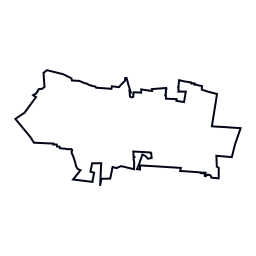 Venado, San Luis Potosí, Mexico
{"feature_id": "50627088B34430901612565", "entity_name": "Venado", "entity_type": "district", "adm_level": 2, "iso_a3": "MEX", "parent_name": "Mexico", "parent_adm1": "San Luis Potosí", "projection": "mercator", "projection_center": [-101.049, 22.921], "detail": "fine", "context": "isolated", "style": "outline", "palette": "ink", "viewbox_px": 256, "rotation_deg": 0, "n_neighbors": 0, "source": "geoboundaries", "source_scale": "gbopen_adm2", "svg_char_len": 3692}
<svg xmlns="http://www.w3.org/2000/svg" viewBox="0 0 256 256"><path d="M218.8,169.3L218.8,168.0L216.8,166.6L216.4,155.8L218.8,156.0L231.8,157.1L234.4,146.9L234.8,145.0L240.2,129.4L240.6,128.2L221.9,126.9L221.4,126.9L221.0,126.9L220.7,126.9L211.9,126.3L213.4,116.8L213.5,116.3L213.6,115.3L213.8,114.5L214.0,113.2L214.2,111.8L216.3,98.6L217.0,94.0L208.5,91.8L201.8,89.7L202.0,86.1L196.9,85.0L196.7,85.0L196.3,84.8L196.1,84.8L195.4,84.6L195.0,84.6L195.1,83.7L194.7,83.6L194.3,83.5L194.2,84.1L193.7,84.1L193.6,83.4L193.3,83.3L191.8,83.0L191.5,83.5L190.7,82.9L190.8,82.4L184.4,81.4L179.1,80.2L178.7,84.4L178.3,87.0L178.6,87.0L178.6,87.4L178.5,87.7L178.4,87.9L178.3,88.9L178.6,89.4L178.7,89.8L178.7,90.4L178.8,91.0L178.5,91.6L185.8,91.6L185.7,92.2L184.0,102.1L176.9,100.9L176.4,100.8L176.6,99.1L166.0,98.7L165.9,95.4L165.3,95.4L165.3,95.2L165.4,94.9L165.5,94.9L165.6,94.7L165.6,94.4L165.7,94.2L165.6,93.9L165.7,93.7L165.7,93.3L165.7,93.2L165.9,92.9L165.9,92.7L166.0,92.5L166.0,92.4L166.1,92.2L166.0,91.9L166.0,91.7L165.9,91.6L165.9,91.4L165.8,91.2L165.9,90.9L165.8,90.7L165.8,90.4L165.9,90.2L165.9,89.9L165.9,89.7L166.0,89.5L166.0,89.4L166.0,89.2L166.3,89.1L166.3,88.9L166.5,88.8L166.5,88.7L166.5,88.4L166.6,88.2L166.8,88.0L167.0,87.9L155.9,88.8L155.7,88.8L154.2,88.9L153.8,89.0L153.4,89.0L153.2,89.0L152.6,89.0L152.2,89.0L151.8,89.1L152.1,90.9L150.5,90.8L149.7,90.7L141.3,89.4L141.1,92.7L137.8,92.4L133.6,92.3L133.4,94.3L133.4,94.5L133.3,96.0L133.3,96.8L132.2,97.2L131.9,97.2L131.1,97.3L130.7,97.1L130.0,96.5L129.9,95.9L129.9,95.2L129.8,94.5L129.7,93.2L129.7,92.5L129.6,91.9L129.5,91.2L130.7,91.9L129.2,87.3L128.9,86.5L126.6,78.1L125.2,78.0L125.0,80.4L124.6,81.2L124.2,81.6L120.2,85.6L119.9,86.1L119.5,86.5L119.4,86.8L119.2,87.1L118.9,87.2L117.8,87.0L111.9,86.3L111.4,88.8L97.4,87.8L96.1,87.7L95.4,86.6L94.1,86.3L93.6,86.1L92.7,86.1L92.0,85.9L91.1,85.5L90.6,85.2L89.9,85.3L88.4,84.6L87.8,84.1L87.1,83.8L86.7,83.6L86.4,83.6L86.1,83.4L85.5,83.4L84.7,83.2L84.4,83.0L84.0,82.9L79.2,80.9L71.9,80.5L71.7,79.6L71.5,78.9L71.4,78.3L63.2,74.2L47.0,70.2L45.1,71.7L43.5,72.8L44.5,87.0L43.7,87.5L42.7,88.2L42.0,88.9L38.9,89.1L38.7,89.5L38.0,90.2L37.5,91.7L37.2,92.0L36.9,92.0L36.1,93.6L35.5,93.8L33.1,95.2L33.6,95.6L36.0,97.1L31.3,103.5L24.5,112.8L22.0,114.4L15.4,118.9L15.8,119.4L24.3,129.7L30.2,136.8L33.9,142.7L53.5,143.6L53.4,144.5L56.8,144.5L57.0,146.5L59.5,146.7L59.6,147.3L59.8,148.1L61.6,148.5L65.2,148.7L67.4,149.2L69.8,149.1L70.9,149.2L71.0,149.1L71.5,149.2L71.7,149.6L71.9,149.8L72.2,150.1L72.0,150.8L71.7,151.3L71.7,151.5L71.6,152.3L72.0,153.9L72.8,155.3L73.2,156.4L74.6,160.4L75.6,164.3L76.0,165.8L76.5,167.0L76.9,167.9L77.5,168.6L77.9,169.0L78.4,169.3L79.9,170.0L80.5,170.2L73.1,179.5L92.4,181.9L94.1,172.7L90.5,171.7L92.1,163.3L101.2,163.2L101.0,166.5L100.4,180.6L100.3,180.9L100.3,181.5L100.3,181.9L100.1,185.8L101.3,178.8L110.2,178.6L112.6,167.0L116.5,168.1L121.1,166.1L134.0,169.2L134.2,163.0L133.7,159.8L133.6,157.6L134.0,157.5L134.2,157.3L134.4,157.3L134.5,157.2L134.5,156.9L134.3,156.8L134.2,156.8L133.9,156.8L133.8,156.7L133.6,156.6L133.3,151.5L146.3,152.2L150.4,152.5L150.4,152.9L151.2,153.1L151.6,158.0L148.0,158.7L145.4,156.0L142.4,154.5L139.0,164.3L137.0,169.1L140.0,169.5L140.0,165.4L151.6,166.1L153.7,166.2L172.8,167.4L174.8,167.5L177.2,167.7L179.5,167.8L180.8,167.9L180.2,171.0L180.8,171.0L181.6,171.1L182.0,171.1L183.8,171.2L186.8,171.4L188.2,171.5L189.8,171.6L200.4,172.4L200.8,172.4L200.8,173.1L203.2,173.3L203.3,172.6L204.0,172.6L204.4,172.6L205.5,172.7L204.7,175.9L206.0,176.2L206.5,174.8L207.9,175.0L208.0,174.7L210.4,175.2L211.5,177.7L216.3,178.1L217.3,178.2L218.7,178.3L218.7,175.3L218.7,173.9L218.7,172.0L218.8,169.3Z" fill="none" stroke="#020617" stroke-width="2"/></svg>